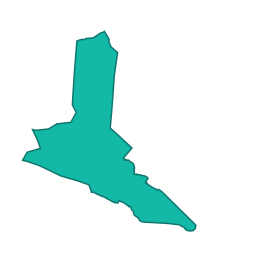 Tlalixtac de Cabrera, Oaxaca, Mexico, rotated 286°
{"feature_id": "50627088B32865736340777", "entity_name": "Tlalixtac de Cabrera", "entity_type": "district", "adm_level": 2, "iso_a3": "MEX", "parent_name": "Mexico", "parent_adm1": "Oaxaca", "projection": "natural_earth1", "projection_center": [-96.634, 17.078], "detail": "fine", "context": "isolated", "style": "filled", "palette": "teal", "viewbox_px": 256, "rotation_deg": 286, "n_neighbors": 0, "source": "geoboundaries", "source_scale": "gbopen_adm2", "svg_char_len": 2631}
<svg xmlns="http://www.w3.org/2000/svg" viewBox="0 0 256 256"><g transform="rotate(286 128 128)"><path d="M85.5,160.9L86.5,158.1L86.0,149.0L85.6,149.2L85.3,146.8L85.5,146.8L85.7,146.7L86.1,146.6L87.8,146.1L88.1,145.9L88.3,145.9L88.5,146.0L89.2,145.4L89.4,145.0L89.6,144.9L89.8,145.5L90.4,145.5L91.1,145.2L91.4,145.3L92.5,144.8L93.4,144.2L93.7,144.1L93.8,144.0L94.2,143.7L95.2,142.9L95.9,141.3L95.9,140.6L96.0,139.8L96.0,139.3L96.6,139.0L96.6,138.8L96.6,138.5L96.7,138.3L96.7,138.1L96.9,137.8L97.2,137.6L97.2,137.4L97.2,137.2L97.0,136.9L96.8,136.4L96.9,135.6L96.9,135.3L97.0,135.1L97.1,134.9L96.9,134.7L96.4,134.5L96.3,134.3L96.3,134.0L96.2,133.6L96.2,133.4L96.4,133.3L96.9,133.3L97.1,133.2L97.3,133.0L97.3,132.6L97.6,132.2L97.6,131.9L100.0,132.9L102.7,134.1L105.3,135.3L109.9,137.3L110.3,136.6L110.3,136.3L115.8,125.6L123.1,110.9L138.1,108.0L148.4,105.9L174.9,100.3L197.6,97.2L201.3,89.4L205.1,86.1L208.3,85.2L214.4,78.6L213.5,78.0L211.6,75.5L211.0,74.6L209.7,73.8L205.3,70.0L204.6,68.5L204.0,67.4L203.7,66.0L203.2,65.0L202.5,62.8L201.4,62.7L201.0,61.6L201.0,61.0L200.2,58.8L199.2,57.1L197.4,54.9L190.7,56.3L165.0,61.5L149.1,65.0L135.0,68.1L128.6,74.0L117.8,71.5L117.5,71.3L116.1,67.5L113.8,62.2L112.5,58.7L105.1,51.7L100.5,40.4L100.2,36.7L91.5,44.3L84.3,49.4L76.9,37.8L76.7,37.7L67.9,35.6L68.1,41.0L67.4,53.2L65.1,67.2L64.5,70.1L63.8,74.4L63.4,76.9L63.4,79.8L63.4,86.8L63.4,91.4L63.2,96.2L62.7,104.8L62.7,106.0L58.0,109.5L57.8,109.5L57.7,109.5L57.6,110.0L57.2,110.2L56.1,110.6L56.7,112.1L56.4,113.8L56.1,115.9L56.0,116.5L55.5,119.7L55.5,120.3L55.0,122.5L55.4,122.7L55.0,124.5L54.9,125.3L54.4,126.9L54.4,127.0L54.2,127.7L54.0,128.9L53.5,131.0L52.9,133.6L52.8,134.5L52.5,136.1L52.9,136.2L53.1,136.2L53.1,136.8L53.0,138.8L55.8,139.6L55.2,142.0L55.6,142.1L54.7,145.6L53.2,149.5L52.6,150.9L53.1,151.0L53.0,151.3L53.0,151.7L52.9,152.6L52.0,153.0L51.0,153.5L50.9,153.6L50.3,154.3L50.1,154.5L50.0,154.8L49.9,155.2L49.6,156.0L49.4,156.2L48.8,156.4L48.5,156.5L48.2,156.7L47.9,156.8L47.2,157.1L46.6,157.5L46.2,157.9L45.6,159.5L45.5,159.4L45.2,160.0L45.1,160.4L44.6,161.8L44.1,163.0L43.2,163.8L42.5,164.3L42.4,164.5L42.0,165.7L41.8,166.6L41.6,167.2L41.7,167.3L41.8,167.8L41.9,168.8L42.7,173.0L43.3,175.2L47.0,191.4L49.2,204.2L48.2,206.7L48.4,208.5L46.0,211.8L45.8,213.2L46.2,216.4L47.3,218.8L49.8,220.4L53.3,220.0L75.4,179.4L76.7,176.9L76.8,176.4L77.3,174.2L77.2,174.2L76.5,173.9L77.6,168.0L77.9,166.8L77.9,166.7L78.8,163.9L79.8,161.0L80.2,161.2L80.4,161.3L80.8,160.1L80.9,159.7L82.1,160.1L82.5,160.3L83.9,160.9L84.3,161.0L84.7,161.0L84.9,161.0L85.0,160.9L85.3,160.8L85.5,160.9Z" fill="#14b8a6" stroke="#0f766e" stroke-width="1.5"/></g></svg>